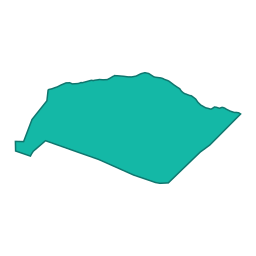 outline of San Juan Evangelista Analco, Oaxaca, Mexico
{"feature_id": "50627088B78220950285189", "entity_name": "San Juan Evangelista Analco", "entity_type": "district", "adm_level": 2, "iso_a3": "MEX", "parent_name": "Mexico", "parent_adm1": "Oaxaca", "projection": "equal_earth", "projection_center": [-96.534, 17.4], "detail": "fine", "context": "isolated", "style": "filled", "palette": "teal", "viewbox_px": 256, "rotation_deg": 0, "n_neighbors": 0, "source": "geoboundaries", "source_scale": "gbopen_adm2", "svg_char_len": 1401}
<svg xmlns="http://www.w3.org/2000/svg" viewBox="0 0 256 256"><path d="M30.4,156.1L31.6,153.8L33.3,151.2L40.3,145.2L45.5,140.7L79.4,152.7L88.0,155.7L98.5,159.4L128.6,172.8L134.0,175.2L150.0,180.6L155.4,182.5L160.0,183.3L168.3,182.9L181.6,170.0L200.3,152.0L209.8,145.0L240.6,114.0L240.0,113.6L239.8,113.5L238.7,112.8L236.1,112.4L234.8,112.5L233.5,112.2L230.2,111.1L229.6,110.8L226.3,109.2L225.9,108.9L224.5,108.0L223.8,107.9L222.8,107.4L221.8,107.4L219.4,108.3L216.5,107.3L214.5,107.0L211.4,109.0L210.1,109.0L208.7,108.5L205.7,107.8L204.2,107.0L203.9,106.8L200.7,105.0L197.9,102.3L195.7,99.1L194.6,98.2L192.5,96.6L191.8,96.1L190.9,95.6L190.0,95.6L186.8,94.4L186.2,94.1L185.0,93.8L183.4,92.9L182.1,91.8L181.1,90.8L179.7,88.7L177.3,87.2L174.2,85.1L172.6,83.9L170.5,82.3L169.0,81.2L167.6,80.5L166.7,80.2L164.0,79.2L163.2,78.7L162.2,78.3L160.7,77.9L155.2,77.2L153.8,76.8L148.7,73.5L146.8,73.1L144.9,72.7L141.3,73.6L139.9,74.2L136.1,76.1L132.9,76.7L131.0,77.0L130.5,76.9L128.2,76.9L123.7,76.3L116.8,75.7L115.9,75.8L114.8,75.5L114.0,76.0L113.0,76.4L110.2,78.1L107.3,79.6L103.1,79.8L99.1,79.5L98.7,79.7L94.9,80.2L93.3,80.6L91.3,80.3L82.0,82.8L81.1,82.5L79.1,83.3L78.2,83.5L77.2,83.6L72.3,83.9L69.6,82.7L69.3,82.8L66.0,82.9L61.2,84.9L57.3,86.9L55.1,87.6L51.9,88.8L48.8,89.5L48.1,90.1L46.9,100.8L32.0,119.5L23.6,141.6L15.4,141.4L15.6,151.0L30.4,156.1Z" fill="#14b8a6" stroke="#0f766e" stroke-width="1.5"/></svg>